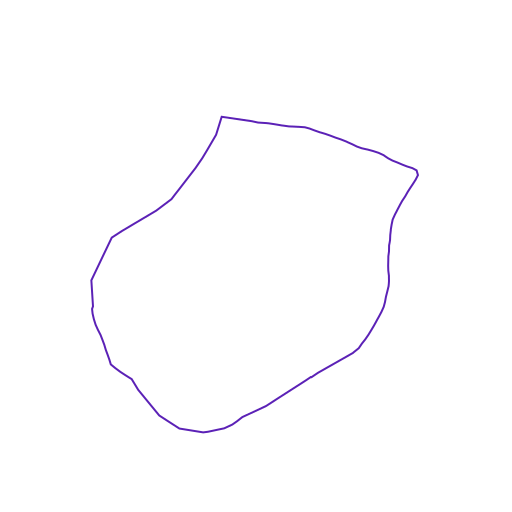 Bidbadah, Ma'rib, Yemen, rotated 56°
{"feature_id": "15242507B34447312884568", "entity_name": "Bidbadah", "entity_type": "district", "adm_level": 2, "iso_a3": "YEM", "parent_name": "Yemen", "parent_adm1": "Ma'rib", "projection": "orthographic", "projection_center": [44.747, 15.403], "detail": "fine", "context": "isolated", "style": "outline", "palette": "violet", "viewbox_px": 512, "rotation_deg": 56, "n_neighbors": 0, "source": "geoboundaries", "source_scale": "gbopen_adm2", "svg_char_len": 1925}
<svg xmlns="http://www.w3.org/2000/svg" viewBox="0 0 512 512"><g transform="rotate(56 256 256)"><path d="M160.3,353.4L160.1,365.3L169.9,382.0L184.1,406.1L206.6,419.3L208.2,421.5L212.4,423.7L217.6,425.7L223.3,427.4L228.6,428.3L234.4,429.0L234.9,429.1L239.3,430.1L244.7,431.4L249.8,433.0L255.2,434.3L260.2,435.6L260.5,435.7L264.7,437.0L270.4,435.3L276.1,433.3L281.6,431.0L286.6,428.8L288.5,427.9L301.1,428.5L334.1,425.4L342.4,421.9L356.2,416.0L372.7,398.4L374.9,394.0L379.1,383.6L381.1,378.7L382.5,369.9L382.4,364.1L381.9,357.4L386.0,331.5L386.2,320.6L386.3,315.4L387.0,284.3L387.0,278.2L387.3,277.9L387.5,277.8L387.5,269.8L390.5,230.9L390.6,230.2L390.4,228.5L389.9,222.4L387.8,217.1L386.2,212.0L385.8,211.0L384.2,206.9L382.1,202.3L379.8,197.4L377.4,192.7L376.7,191.4L375.1,188.2L372.5,183.3L369.6,178.6L366.4,174.9L362.5,171.1L359.2,167.4L355.2,163.0L353.4,161.5L351.2,159.8L347.8,157.6L346.8,156.9L342.1,154.5L338.0,151.9L334.2,149.2L330.2,146.4L326.6,143.2L321.6,139.7L319.8,137.9L317.8,136.0L313.6,132.9L310.0,129.8L309.4,129.4L305.8,126.0L302.2,122.3L299.3,117.6L297.3,113.9L297.0,113.4L294.7,109.1L294.3,108.4L292.1,104.1L290.0,99.0L287.7,94.4L285.8,90.0L284.0,85.6L281.9,80.8L279.5,76.5L274.8,75.0L270.6,77.2L266.1,80.8L262.2,83.5L257.4,86.6L253.2,89.5L248.9,91.8L245.2,93.3L243.8,93.8L239.0,96.7L234.5,100.2L230.1,104.0L229.3,104.8L225.8,108.1L221.6,111.2L219.3,112.5L217.2,113.7L212.9,116.4L211.8,117.0L206.7,120.5L202.3,123.9L197.6,127.2L194.4,129.6L193.7,130.1L189.8,133.3L189.4,133.7L184.3,137.5L183.3,138.2L181.6,139.4L180.3,140.3L179.5,141.0L176.6,143.5L173.0,148.1L171.0,150.8L170.0,152.1L167.0,156.2L163.4,160.2L162.2,161.6L159.8,164.1L156.4,167.7L153.1,171.3L151.6,173.1L149.9,175.3L146.5,179.7L141.9,184.1L121.4,206.6L133.2,221.3L140.9,237.3L144.9,245.9L149.3,257.1L152.0,265.3L157.9,283.1L159.8,289.0L161.6,294.3L162.6,313.4L161.2,337.5L160.3,353.4Z" fill="none" stroke="#5b21b6" stroke-width="2"/></g></svg>